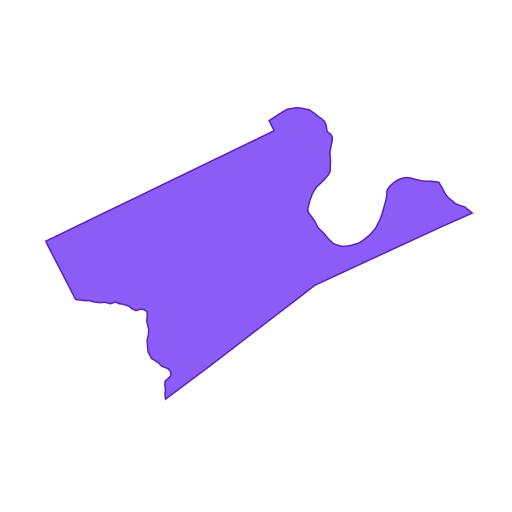 Inhangapi, Pará, Brazil, rotated 186°
{"feature_id": "56859067B74682309014302", "entity_name": "Inhangapi", "entity_type": "district", "adm_level": 2, "iso_a3": "BRA", "parent_name": "Brazil", "parent_adm1": "Pará", "projection": "albers", "projection_center": [-47.963, -1.457], "detail": "fine", "context": "isolated", "style": "filled", "palette": "violet", "viewbox_px": 512, "rotation_deg": 186, "n_neighbors": 0, "source": "geoboundaries", "source_scale": "gbopen_adm2", "svg_char_len": 1740}
<svg xmlns="http://www.w3.org/2000/svg" viewBox="0 0 512 512"><g transform="rotate(186 256 256)"><path d="M257.1,391.9L251.0,382.5L366.5,310.9L372.3,307.2L407.0,285.8L462.0,251.6L466.6,248.8L464.1,244.6L430.8,193.9L421.7,193.7L417.2,194.2L413.7,193.5L406.7,193.2L401.5,194.2L395.7,193.3L390.8,195.6L387.7,194.3L384.2,194.2L380.6,193.7L376.8,192.6L373.3,190.3L369.6,189.1L365.1,191.1L361.7,190.9L358.5,189.3L357.9,184.4L357.9,180.2L356.7,176.3L355.0,172.0L354.8,166.5L355.5,160.7L354.8,157.0L354.1,153.4L353.4,149.4L351.3,146.6L349.2,143.1L345.4,141.5L341.4,139.2L338.4,136.6L331.6,134.7L328.6,131.7L328.3,127.6L333.3,122.0L333.1,117.7L332.1,113.8L332.1,108.8L331.0,104.2L291.0,141.2L238.0,191.6L211.1,217.0L194.4,233.1L180.1,241.6L157.6,255.1L73.9,304.9L45.4,321.3L49.9,324.3L54.0,326.7L58.7,327.6L63.3,329.0L66.4,331.3L70.0,333.4L72.5,335.7L74.9,338.3L77.4,342.4L81.9,348.5L89.4,348.7L94.3,348.2L98.1,348.0L107.0,349.1L110.2,349.7L114.7,349.7L118.3,348.7L121.7,347.2L124.6,345.3L127.9,342.1L130.6,338.9L132.5,335.1L132.3,329.9L132.7,324.5L135.2,310.2L136.5,305.3L138.4,300.2L139.9,296.3L142.0,293.1L145.2,288.7L151.3,282.6L155.0,279.7L162.1,276.7L166.3,275.3L171.2,274.6L177.5,275.5L180.6,276.7L183.9,279.1L186.5,281.2L189.0,283.8L191.4,286.1L194.4,288.4L197.7,291.2L201.2,296.9L208.7,305.1L209.4,308.4L208.9,312.3L208.3,316.2L206.4,324.1L203.0,331.1L200.3,333.9L195.9,339.3L192.4,344.5L191.1,348.2L191.4,351.5L191.6,355.0L191.9,358.5L193.3,366.7L192.8,374.7L192.2,378.3L192.6,382.4L194.6,385.0L198.2,387.1L200.1,393.9L202.0,397.0L205.0,399.3L208.3,401.0L211.3,403.1L218.3,407.0L222.5,407.3L225.8,407.8L231.7,407.6L240.1,405.3L243.7,402.8L248.1,399.3L251.0,397.0L257.1,391.9Z" fill="#8b5cf6" stroke="#5b21b6" stroke-width="1.5"/></g></svg>